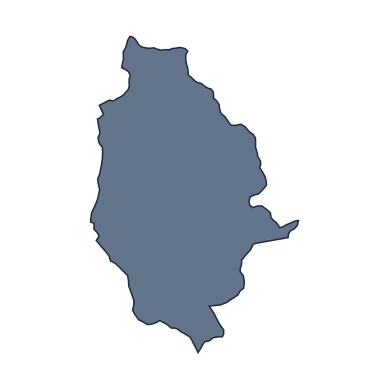 outline of Japoatã, Sergipe, Brazil, rotated 175°
{"feature_id": "56859067B54321289855838", "entity_name": "Japoatã", "entity_type": "district", "adm_level": 2, "iso_a3": "BRA", "parent_name": "Brazil", "parent_adm1": "Sergipe", "projection": "orthographic", "projection_center": [-36.794, -10.437], "detail": "fine", "context": "isolated", "style": "filled", "palette": "slate", "viewbox_px": 384, "rotation_deg": 175, "n_neighbors": 0, "source": "geoboundaries", "source_scale": "gbopen_adm2", "svg_char_len": 2704}
<svg xmlns="http://www.w3.org/2000/svg" viewBox="0 0 384 384"><g transform="rotate(175 192 192)"><path d="M213.8,337.1L217.6,339.0L221.7,338.8L226.0,339.7L229.5,340.9L232.0,343.0L233.5,345.9L235.1,348.9L237.2,351.2L240.3,352.5L243.0,348.4L244.7,343.6L245.9,340.8L248.3,337.7L248.5,333.6L248.9,329.5L250.3,326.0L251.1,321.9L247.9,319.9L245.0,317.6L243.3,313.7L244.8,310.0L245.1,306.8L245.2,303.1L246.6,299.7L249.6,296.9L252.2,294.4L255.3,292.8L259.2,291.3L262.3,289.5L266.2,290.7L271.5,288.6L276.8,286.4L275.1,281.9L273.4,277.1L276.7,274.3L279.8,272.9L279.5,268.4L279.2,264.6L278.7,261.2L278.8,258.1L280.9,254.5L280.6,250.5L279.6,247.5L277.5,244.7L277.5,239.5L278.0,235.7L278.5,232.4L279.5,228.2L281.1,222.4L282.6,217.4L284.8,213.4L284.8,209.7L283.8,202.1L286.9,192.6L288.8,188.8L293.9,179.8L295.1,174.2L295.6,170.9L292.3,169.4L292.9,163.5L289.5,159.2L288.6,155.7L291.6,152.1L289.3,148.8L287.3,145.7L285.2,143.0L282.6,139.2L280.3,135.8L279.8,132.9L278.9,130.1L276.0,128.6L273.6,126.5L263.4,114.4L263.0,108.7L263.2,103.7L261.9,99.1L260.6,93.7L259.4,89.6L259.8,84.7L261.5,79.6L260.2,76.1L258.6,73.3L256.3,69.5L251.6,66.4L248.1,63.9L244.8,63.8L241.8,64.2L238.8,65.2L235.4,66.7L231.8,64.5L227.7,61.6L224.6,58.3L220.4,57.8L217.5,56.1L215.4,53.9L211.8,51.5L206.7,47.8L204.9,44.0L203.3,39.9L201.4,35.4L200.0,31.5L197.1,35.2L195.1,38.4L192.5,41.8L187.7,42.2L183.8,44.9L178.8,45.5L174.4,45.1L172.8,47.7L172.5,52.0L174.7,55.5L176.6,59.1L179.1,65.1L180.6,69.0L182.4,72.3L184.8,76.8L179.4,76.9L173.9,77.0L169.5,78.2L166.0,79.4L162.8,81.5L159.9,82.8L155.3,85.4L152.9,89.1L149.0,91.7L148.1,95.5L147.7,99.0L148.2,104.4L150.8,108.1L150.8,111.3L149.1,114.7L148.4,119.9L145.2,123.3L138.7,129.4L135.5,134.7L132.4,135.3L125.3,136.0L100.2,138.2L99.5,141.9L97.3,144.7L93.7,146.2L90.1,149.3L88.4,154.3L91.9,154.1L97.8,152.1L101.9,150.7L104.8,149.2L107.8,149.0L109.2,151.9L111.0,154.6L113.7,156.9L115.5,159.7L115.7,164.4L118.4,167.4L120.7,169.4L123.5,172.0L128.0,172.4L132.6,171.2L135.5,173.5L136.1,177.6L134.5,181.9L130.9,183.5L126.1,184.2L122.9,186.7L120.2,189.3L117.2,192.3L117.1,195.7L117.8,200.8L120.1,205.9L122.4,210.2L121.0,214.0L121.2,217.1L123.3,221.2L123.6,225.3L124.8,231.2L124.3,236.2L124.1,240.5L126.2,244.1L130.1,247.5L133.3,252.3L137.4,255.2L142.9,254.6L147.3,255.1L149.4,258.4L151.2,261.7L153.0,264.6L156.3,267.8L157.2,272.4L157.4,276.8L159.6,280.8L162.3,283.6L162.0,286.7L162.3,290.5L164.3,293.0L167.2,294.1L169.8,295.9L173.2,299.3L176.8,300.5L179.3,302.2L182.0,305.4L185.5,308.9L185.4,312.7L185.6,316.6L186.3,319.6L186.7,324.8L186.2,329.3L184.0,332.7L186.3,335.4L191.3,337.1L195.5,336.7L198.9,336.7L202.1,335.7L207.0,336.2L210.0,335.9L213.8,337.1Z" fill="#64748b" stroke="#1e293b" stroke-width="1.5"/></g></svg>